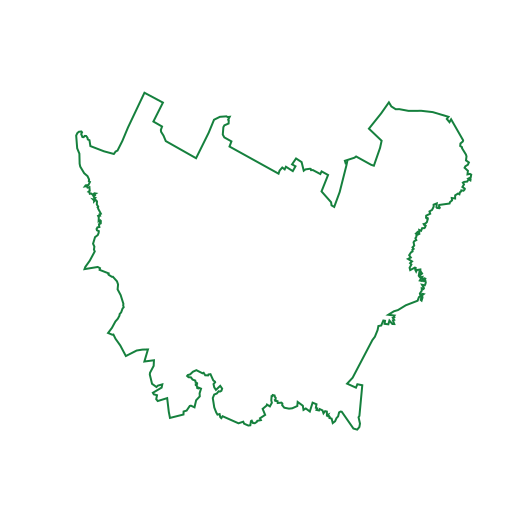 outline of Juárez, Chiapas, Mexico, rotated 10°
{"feature_id": "50627088B99297205497031", "entity_name": "Juárez", "entity_type": "district", "adm_level": 2, "iso_a3": "MEX", "parent_name": "Mexico", "parent_adm1": "Chiapas", "projection": "robinson", "projection_center": [-93.174, 17.701], "detail": "fine", "context": "isolated", "style": "outline", "palette": "green", "viewbox_px": 512, "rotation_deg": 10, "n_neighbors": 0, "source": "geoboundaries", "source_scale": "gbopen_adm2", "svg_char_len": 6069}
<svg xmlns="http://www.w3.org/2000/svg" viewBox="0 0 512 512"><g transform="rotate(10 256 256)"><path d="M107.6,151.7L104.4,165.9L101.3,176.2L99.6,177.5L98.3,180.2L88.1,179.3L73.8,176.5L71.9,170.9L70.1,170.4L69.5,168.8L67.9,167.3L66.4,167.5L65.6,168.9L64.4,169.0L62.7,166.3L63.2,164.4L62.4,163.7L60.0,164.4L58.7,166.0L58.0,168.6L61.2,181.0L64.3,185.9L66.3,195.8L67.4,198.5L72.4,204.3L76.2,206.6L78.3,209.6L78.4,211.4L79.6,211.9L78.7,215.2L76.0,216.0L75.4,217.2L77.2,216.6L78.2,217.9L80.0,217.1L80.9,220.6L79.9,221.8L80.8,222.0L81.5,223.6L82.9,223.1L84.5,224.0L86.0,222.3L87.3,222.3L86.3,223.2L86.8,224.0L85.2,224.8L86.1,226.0L87.4,226.5L86.7,227.0L87.4,228.7L85.8,228.6L87.0,229.5L87.1,230.3L88.3,228.6L89.9,229.8L90.3,232.9L92.0,234.8L91.3,236.4L92.0,235.6L92.4,236.9L95.9,241.3L94.6,242.2L95.4,243.4L93.6,244.0L94.5,245.4L95.0,249.1L96.4,247.9L97.1,248.4L97.3,249.8L96.2,249.4L97.0,251.2L95.8,252.0L96.7,254.7L94.9,255.3L94.3,257.1L94.9,258.3L96.9,258.8L97.0,260.7L96.5,262.9L94.2,265.4L93.4,272.2L95.2,274.8L95.3,277.8L96.4,279.5L93.1,289.5L89.8,296.4L89.4,298.7L102.0,294.3L104.5,295.1L104.4,296.8L113.9,298.7L113.7,299.5L114.2,300.1L117.7,301.5L118.7,301.3L123.5,305.1L125.1,308.0L125.5,312.9L129.5,318.0L133.7,326.1L133.8,327.8L134.6,329.4L133.7,330.9L133.0,334.9L131.8,336.9L131.9,338.4L130.8,341.8L128.9,344.9L126.6,351.8L123.7,357.5L128.2,358.5L129.2,358.1L132.0,361.9L137.9,367.7L145.2,377.1L154.9,369.8L160.4,367.9L165.8,366.8L164.4,379.3L173.6,376.4L174.3,382.0L171.9,389.4L172.0,391.2L175.8,399.9L180.7,402.3L181.9,400.7L186.0,398.7L185.9,402.0L178.2,408.6L179.4,410.0L182.7,410.3L182.6,414.3L184.4,415.9L193.2,411.4L197.2,424.7L199.4,430.4L212.1,424.7L211.7,421.7L214.5,420.3L216.8,415.2L217.9,414.7L221.7,415.7L222.1,408.5L225.0,404.0L224.3,401.0L224.9,396.2L222.3,395.6L222.1,396.4L221.1,396.3L220.3,394.1L219.1,393.6L218.9,392.8L220.2,392.2L220.1,391.5L218.3,390.6L217.8,389.2L215.0,388.7L213.0,386.8L210.6,387.1L209.0,386.1L209.5,385.1L211.7,384.0L214.0,380.9L217.1,378.8L223.7,380.8L224.7,380.1L226.7,382.3L229.6,381.9L229.8,380.9L231.7,380.3L235.5,385.9L237.4,386.9L237.7,387.4L236.4,389.5L237.7,392.6L239.8,394.8L243.3,390.1L245.7,392.5L245.3,394.8L244.0,395.8L242.7,395.7L241.3,398.2L238.9,399.7L238.1,403.4L241.2,412.4L244.0,417.0L245.6,418.9L247.6,418.0L248.8,420.9L250.0,421.7L250.9,419.6L267.8,423.8L272.2,421.4L273.4,423.2L277.9,424.3L279.8,423.7L279.7,419.5L280.4,418.9L282.0,421.0L283.8,420.9L285.6,419.2L285.9,418.1L289.3,416.8L288.1,415.1L292.6,410.9L289.1,405.4L292.4,401.5L292.6,400.4L295.8,401.7L297.1,397.8L296.1,395.5L295.7,391.3L296.5,391.1L296.6,390.0L298.5,390.1L299.1,391.5L300.0,392.2L300.2,393.9L299.6,394.5L300.1,395.3L302.4,395.2L302.9,397.0L306.5,396.0L307.6,396.7L307.7,398.4L310.2,400.5L315.0,400.6L318.1,399.7L322.7,396.6L322.4,392.5L328.1,395.3L329.5,399.3L331.5,397.5L336.0,399.8L337.2,390.6L341.3,391.5L341.3,395.1L342.7,395.4L342.3,397.1L344.9,397.2L345.3,395.7L348.3,396.5L349.8,399.2L351.0,396.8L352.8,396.9L353.5,400.5L354.5,399.8L354.1,400.9L355.0,401.4L355.6,400.8L356.7,401.9L356.6,402.8L358.7,403.0L360.6,407.2L362.6,405.0L363.4,401.7L364.7,399.7L365.0,395.6L366.3,394.5L367.5,394.5L381.9,409.0L385.8,409.4L387.5,406.5L387.5,403.0L385.0,397.0L385.6,395.5L383.1,364.8L378.1,364.7L377.3,368.3L367.9,365.9L372.3,359.1L385.2,318.6L387.1,314.9L388.6,307.8L388.7,303.7L391.4,302.7L392.6,297.4L394.3,297.4L394.4,300.5L398.2,300.3L398.6,296.4L402.1,299.3L404.0,299.0L402.0,295.6L403.2,294.9L401.5,293.1L402.9,292.2L402.3,291.1L402.6,290.6L396.5,290.9L401.4,286.5L405.2,284.6L412.1,278.5L422.9,272.0L423.6,268.2L425.7,266.5L426.1,267.0L425.9,270.7L426.8,271.2L427.2,268.1L426.4,265.8L427.7,264.4L426.8,264.3L424.5,265.8L423.9,264.5L425.3,261.3L424.8,259.1L426.6,259.5L427.0,258.5L424.5,255.5L427.3,255.6L427.6,254.6L427.8,252.7L427.1,250.9L425.7,251.6L425.3,251.2L426.5,248.9L425.6,248.7L424.2,249.5L424.4,251.2L423.9,251.8L421.6,251.7L423.2,247.8L421.1,248.5L419.7,247.2L419.7,243.5L420.8,244.0L421.2,246.2L422.6,244.4L420.6,242.4L420.2,240.7L416.8,241.9L416.4,243.5L415.2,241.9L415.4,240.1L414.5,239.8L410.3,243.1L409.3,240.9L410.5,237.4L409.0,236.3L410.6,234.2L406.2,232.5L408.7,230.6L406.7,228.6L408.0,225.5L409.4,224.3L408.9,222.7L410.0,221.6L408.6,220.3L410.0,218.3L408.8,215.1L409.3,213.9L411.1,212.5L409.9,210.8L410.6,209.2L410.4,207.7L411.8,206.7L409.7,206.1L411.0,204.2L412.8,205.0L412.2,202.0L414.2,202.5L414.8,199.7L416.8,199.4L417.5,198.6L417.8,196.7L416.6,196.5L415.6,195.4L417.2,194.6L418.4,193.0L418.8,189.5L418.4,188.8L417.4,189.3L416.8,188.8L416.6,186.7L420.2,184.1L419.1,182.0L421.4,180.0L422.4,176.6L422.0,174.6L424.9,172.8L425.2,176.6L425.9,177.2L428.3,177.1L428.6,176.6L427.5,175.2L427.6,173.9L437.5,170.7L437.7,169.2L439.4,167.2L438.7,164.9L442.1,164.8L441.6,161.7L444.1,159.4L445.6,159.9L445.8,157.8L446.7,156.9L446.8,155.7L449.0,155.7L449.9,154.3L449.9,153.4L447.3,152.2L448.4,149.4L447.0,147.8L448.1,146.9L451.1,146.0L452.0,143.5L454.0,144.3L454.0,143.2L451.9,142.7L453.8,141.3L453.8,138.5L452.4,138.0L450.1,138.9L449.9,135.3L446.1,132.9L446.6,131.3L448.8,129.3L449.4,126.9L446.2,125.4L446.0,121.3L445.1,119.6L440.2,114.1L440.0,113.1L438.0,112.2L437.8,109.7L439.8,107.3L439.9,106.1L424.4,87.5L423.3,90.6L420.1,87.9L421.4,85.5L405.1,83.6L393.7,84.3L381.0,86.6L371.6,86.5L368.1,87.2L363.3,85.2L360.2,81.6L354.5,93.8L345.1,111.0L359.7,120.7L359.4,128.0L356.4,146.6L353.6,146.2L337.3,140.6L335.9,142.1L327.0,146.8L328.1,149.0L329.4,147.9L329.3,151.2L327.3,178.5L324.5,194.1L321.6,193.0L320.6,190.0L309.3,181.0L312.9,163.7L305.9,161.3L305.1,164.1L297.1,161.5L295.3,161.9L294.7,160.7L294.0,160.7L289.7,162.1L288.2,163.7L284.6,155.6L278.5,153.0L275.6,159.5L279.3,160.8L277.5,166.0L270.0,162.9L269.2,165.7L266.5,164.3L264.4,167.8L263.9,171.0L210.9,152.8L211.9,147.4L204.2,144.7L202.2,142.2L201.5,134.8L202.2,132.8L206.0,130.3L205.6,127.1L204.9,126.7L205.9,123.5L203.9,124.1L202.6,123.6L196.3,125.2L191.0,129.1L188.0,142.8L180.0,170.1L147.2,158.5L144.0,153.5L141.0,150.2L140.4,148.4L141.0,144.8L131.6,141.4L137.7,121.1L117.8,114.6L107.6,151.7Z" fill="none" stroke="#15803d" stroke-width="2"/></g></svg>